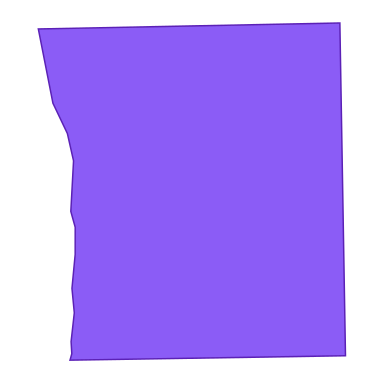 Kearney, Nebraska, United States of America (Robinson projection), rotated 269°
{"feature_id": "52423323B30771847835417", "entity_name": "Kearney", "entity_type": "district", "adm_level": 2, "iso_a3": "USA", "parent_name": "United States of America", "parent_adm1": "Nebraska", "projection": "robinson", "projection_center": [-98.962, 40.52], "detail": "fine", "context": "isolated", "style": "filled", "palette": "violet", "viewbox_px": 384, "rotation_deg": 269, "n_neighbors": 0, "source": "geoboundaries", "source_scale": "gbopen_adm2", "svg_char_len": 345}
<svg xmlns="http://www.w3.org/2000/svg" viewBox="0 0 384 384"><g transform="rotate(269 192 192)"><path d="M358.4,342.8L357.7,41.2L283.2,54.5L252.7,68.4L225.2,74.1L174.7,70.5L158.8,74.6L131.6,74.1L97.7,70.3L73.2,72.2L44.5,68.5L32.4,69.0L26.0,67.1L25.6,342.6L356.2,342.8L358.4,342.8Z" fill="#8b5cf6" stroke="#5b21b6" stroke-width="1.5"/></g></svg>